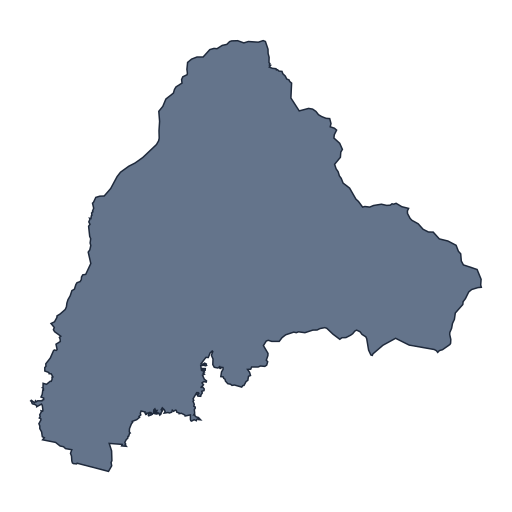 the district of Grosii Tiblesului, Maramures, Romania
{"feature_id": "2599482B90074952461136", "entity_name": "Grosii Tiblesului", "entity_type": "district", "adm_level": 2, "iso_a3": "ROU", "parent_name": "Romania", "parent_adm1": "Maramures", "projection": "orthographic", "projection_center": [24.114, 47.531], "detail": "fine", "context": "isolated", "style": "filled", "palette": "slate", "viewbox_px": 512, "rotation_deg": 0, "n_neighbors": 0, "source": "geoboundaries", "source_scale": "gbopen_adm2", "svg_char_len": 5960}
<svg xmlns="http://www.w3.org/2000/svg" viewBox="0 0 512 512"><path d="M194.7,413.3L194.3,409.6L195.3,408.1L195.2,407.0L193.8,406.2L194.3,404.3L193.0,401.2L193.8,400.4L193.1,398.8L196.7,392.6L198.3,392.6L198.9,393.3L198.6,394.1L196.8,394.2L197.9,396.1L200.7,396.3L201.1,394.6L202.3,393.0L201.7,391.3L204.0,390.6L204.1,389.8L204.2,388.9L202.5,386.9L200.6,387.7L203.5,384.8L202.0,382.9L203.7,381.6L206.2,382.1L206.5,380.9L204.3,379.2L202.5,375.2L204.4,374.2L203.2,373.2L203.9,372.7L203.6,371.8L204.4,371.8L203.8,370.3L205.2,370.2L205.3,368.6L202.3,368.5L202.8,369.4L202.4,370.7L201.5,370.4L200.7,365.5L203.2,365.4L204.3,364.4L204.5,365.5L205.7,365.8L206.6,365.4L206.1,364.6L206.3,364.0L204.6,363.1L202.9,364.3L201.1,363.7L205.9,357.4L208.3,357.5L210.0,353.1L212.2,351.0L212.8,351.6L211.4,355.2L213.0,359.0L212.8,364.6L214.3,367.3L217.9,368.0L219.6,366.7L219.9,368.4L220.8,368.5L220.8,367.2L223.0,367.5L223.1,369.3L221.5,371.9L220.8,376.6L223.2,376.9L223.7,378.3L225.1,379.4L225.4,381.0L227.8,383.7L230.5,384.2L232.0,385.4L234.4,385.0L241.7,387.1L242.8,385.6L244.0,385.4L246.1,381.5L247.8,380.4L248.5,376.3L250.5,375.5L249.6,372.4L247.5,369.4L250.7,369.2L251.6,367.0L258.1,367.0L260.5,366.0L264.8,366.4L266.7,365.1L267.7,361.7L266.3,360.2L267.9,355.6L268.0,353.4L263.4,345.6L266.3,341.0L268.3,340.3L271.7,341.4L279.2,341.4L282.0,337.7L285.7,334.8L293.8,332.1L296.3,332.7L298.5,331.8L304.9,332.7L312.8,330.1L317.1,330.0L319.9,328.6L324.8,327.6L326.8,328.3L333.0,334.2L339.8,339.3L341.9,337.7L345.9,337.6L350.6,335.2L352.7,333.7L354.8,331.1L356.6,330.1L360.1,331.8L362.0,334.4L365.8,336.8L366.7,338.7L368.6,350.1L370.9,355.0L372.3,355.4L372.9,353.9L383.0,345.2L395.6,338.3L409.2,345.1L434.2,349.5L436.4,350.7L437.7,352.4L439.4,350.6L442.5,349.7L449.9,344.5L450.6,343.3L450.8,339.4L449.7,334.5L449.8,332.5L451.6,328.3L452.5,323.4L454.4,319.4L455.3,313.0L462.8,304.5L463.1,301.7L465.4,298.7L468.7,292.0L471.7,289.5L477.9,287.6L481.3,287.3L480.7,285.0L481.1,279.3L477.1,269.5L463.4,264.9L461.3,261.0L460.7,253.8L458.4,251.3L456.1,245.3L447.9,241.0L439.3,238.9L433.2,232.1L428.4,232.0L423.1,229.3L418.2,223.8L411.9,220.3L410.1,218.4L407.5,213.5L407.4,210.9L408.6,208.4L401.8,206.7L396.1,203.3L393.6,204.2L392.0,203.8L390.2,205.2L386.6,205.4L381.4,204.2L373.5,205.5L369.7,207.1L364.9,206.5L362.6,207.1L358.4,201.4L355.9,199.1L349.6,188.1L343.1,183.1L341.2,178.3L339.4,175.9L338.1,171.7L336.1,168.8L334.6,164.3L340.4,157.3L340.8,152.1L342.4,149.4L339.7,143.3L333.9,138.0L334.3,134.7L336.6,130.1L334.4,128.2L330.2,126.8L331.0,123.6L329.7,118.6L326.0,118.3L321.7,116.6L318.5,114.7L315.9,111.4L312.6,109.1L308.6,108.4L299.2,110.9L290.9,98.0L291.6,83.1L289.7,81.5L289.0,79.9L286.7,79.0L285.3,76.1L282.8,73.7L282.0,71.4L279.0,71.1L277.5,69.7L276.4,69.9L276.0,68.7L272.3,68.3L269.3,67.1L270.6,65.3L269.4,65.0L269.9,63.5L269.0,62.7L269.1,57.2L268.1,53.5L268.0,49.2L265.4,41.5L263.2,40.6L258.3,42.2L248.4,41.5L243.8,42.9L237.7,40.7L231.7,40.9L229.6,41.6L226.8,44.4L222.2,45.4L217.0,48.7L214.0,48.4L209.8,49.6L203.1,57.0L197.0,57.0L191.6,59.1L187.6,62.4L186.9,69.3L187.4,73.2L187.1,74.7L182.8,76.8L181.6,79.5L182.0,83.1L176.0,86.9L174.5,89.4L173.4,93.1L165.9,99.0L162.8,106.4L158.8,111.3L159.6,121.4L159.0,130.7L159.2,138.2L158.6,140.8L156.5,144.5L142.8,157.5L134.9,163.1L128.8,166.2L120.5,172.2L117.1,176.6L110.7,188.5L104.2,196.0L99.7,196.2L95.8,197.4L93.5,202.3L92.5,203.2L93.7,208.2L92.5,211.1L92.9,211.8L91.6,213.0L91.9,215.2L91.4,215.6L90.9,218.6L89.6,218.3L90.0,219.1L88.8,221.9L90.0,224.3L88.6,226.2L89.7,236.4L90.7,238.7L90.1,243.0L90.8,245.5L89.8,249.9L88.2,252.1L90.8,263.5L85.7,274.4L82.8,274.8L81.5,277.0L81.3,279.6L80.1,281.6L77.0,282.7L75.9,284.5L74.4,289.2L71.9,290.6L70.2,295.8L68.0,299.6L66.9,303.1L66.4,306.9L65.2,309.5L60.1,314.0L57.0,315.9L56.9,317.5L54.5,321.8L51.0,323.5L54.3,327.5L53.4,329.7L54.6,331.7L60.8,336.2L59.4,337.4L60.1,339.0L60.3,341.5L56.0,344.2L57.1,349.6L56.3,350.4L54.3,350.0L53.5,350.7L50.3,358.0L45.8,363.8L45.9,366.4L44.8,367.5L44.8,371.0L48.1,372.2L49.1,372.9L49.1,373.7L51.2,373.8L52.9,376.9L52.0,377.2L52.1,379.3L51.2,381.3L50.2,381.3L46.5,384.3L43.1,383.3L43.0,387.8L42.6,387.9L43.4,388.5L43.4,390.1L42.8,390.0L42.2,394.4L41.0,397.0L43.7,398.1L43.7,399.6L42.3,400.1L42.0,400.8L37.6,400.8L36.5,401.7L35.5,400.8L35.2,402.0L34.5,402.6L31.3,400.3L30.7,400.9L31.9,401.9L31.7,402.6L32.4,403.8L35.5,404.7L36.7,405.9L36.7,406.7L41.5,404.1L42.3,405.5L42.9,410.0L42.6,411.2L41.1,410.8L41.4,411.7L39.7,414.9L40.2,416.5L39.3,418.0L40.8,418.7L40.9,420.0L38.9,423.7L39.8,426.0L39.8,428.6L41.6,431.9L42.3,436.7L44.3,437.7L42.6,439.8L55.6,442.4L60.1,446.0L63.5,446.7L65.5,448.6L71.8,449.7L70.5,453.4L71.5,456.0L71.8,460.9L72.4,462.9L73.4,463.6L76.6,463.9L77.1,463.2L108.5,471.4L111.7,465.8L111.1,462.5L111.9,460.7L111.6,450.9L109.2,443.4L122.3,444.4L121.6,445.9L126.3,446.3L125.1,444.7L125.7,444.0L124.8,442.4L126.2,439.7L127.8,438.1L127.9,436.4L128.7,436.2L129.5,433.4L130.2,433.0L129.3,431.8L129.5,428.6L131.5,423.6L132.6,422.4L132.2,421.4L136.7,419.7L139.6,417.3L139.0,416.4L140.8,414.9L140.3,413.3L141.1,411.0L145.1,412.0L144.9,412.7L145.8,414.5L146.5,414.3L146.6,413.2L147.7,413.1L148.8,413.9L148.3,415.2L148.7,415.8L151.2,414.9L151.1,413.9L149.1,412.6L149.5,412.4L151.1,412.6L152.3,415.0L152.1,413.9L153.5,413.3L153.8,409.9L154.9,408.8L155.8,410.6L157.0,410.5L156.3,411.6L154.3,410.9L154.0,412.3L155.2,412.3L154.6,413.6L156.2,414.0L156.8,412.6L156.0,412.6L156.7,412.1L157.5,414.4L157.6,413.1L158.7,413.0L159.8,415.1L161.1,413.8L160.7,413.3L162.2,411.2L161.7,410.8L162.7,410.1L161.3,409.5L162.3,407.8L164.4,409.8L165.1,411.5L164.2,413.1L168.1,412.5L169.3,413.0L171.7,412.2L172.3,410.2L173.5,411.3L175.5,410.1L176.3,410.4L176.8,412.2L179.0,412.9L179.1,413.7L181.4,413.3L184.8,415.0L185.1,416.0L190.4,414.9L190.4,419.3L190.8,420.7L191.6,421.1L194.1,419.7L196.4,420.7L196.8,419.4L198.0,418.7L198.6,419.6L200.6,419.8L198.4,417.5L196.2,416.9L194.8,415.6L194.8,414.9L193.7,414.9L194.7,413.3Z" fill="#64748b" stroke="#1e293b" stroke-width="1.5"/></svg>